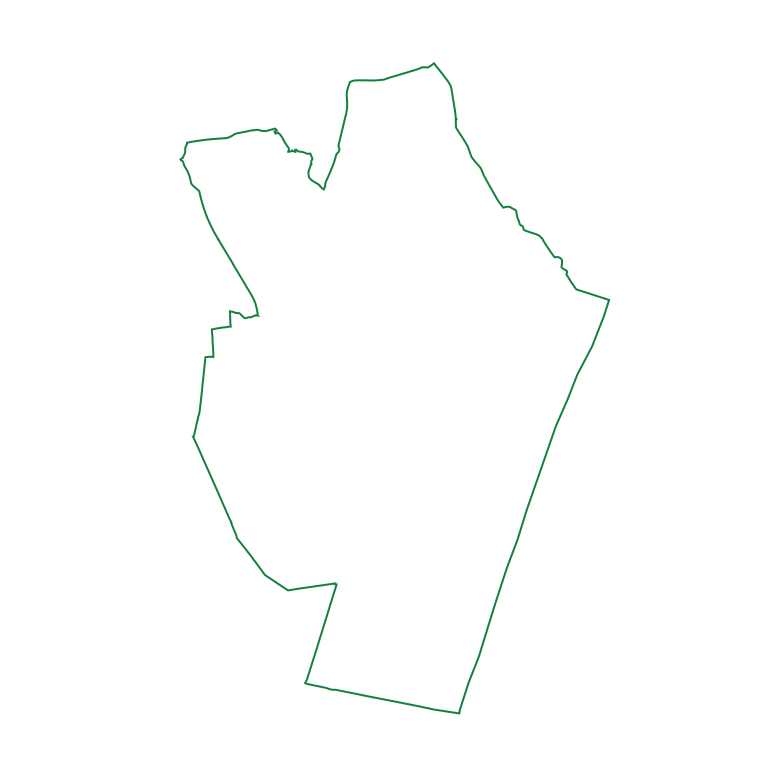 Schagen, Noord-Holland, Netherlands (Mercator projection), rotated 184°
{"feature_id": "6326949B3670086386110", "entity_name": "Schagen", "entity_type": "district", "adm_level": 2, "iso_a3": "NLD", "parent_name": "Netherlands", "parent_adm1": "Noord-Holland", "projection": "mercator", "projection_center": [4.782, 52.788], "detail": "fine", "context": "isolated", "style": "outline", "palette": "green", "viewbox_px": 768, "rotation_deg": 184, "n_neighbors": 0, "source": "geoboundaries", "source_scale": "gbopen_adm2", "svg_char_len": 6053}
<svg xmlns="http://www.w3.org/2000/svg" viewBox="0 0 768 768"><g transform="rotate(184 384 384)"><path d="M356.5,707.4L360.8,703.7L361.6,703.2L362.0,703.0L362.3,702.9L363.3,702.7L365.0,702.9L365.7,702.8L367.1,702.5L367.6,702.8L370.8,701.1L373.3,700.0L397.7,690.8L399.8,690.0L403.9,688.2L405.2,687.7L407.5,687.2L414.0,686.2L419.4,685.8L423.0,685.7L433.5,684.9L434.2,684.8L436.3,684.2L437.7,683.6L439.2,682.7L439.2,682.2L439.4,681.3L440.6,677.1L441.0,675.4L441.3,673.7L441.4,671.9L441.4,670.4L441.3,668.7L440.9,666.0L440.3,661.6L440.1,657.5L440.1,656.5L440.2,654.4L440.6,650.6L440.8,649.5L440.9,649.1L441.2,647.8L443.7,632.7L446.0,619.0L445.9,618.1L445.8,617.7L445.1,616.1L445.0,615.7L444.9,615.4L444.9,614.9L445.1,613.4L445.3,612.7L445.5,612.3L446.1,611.5L447.1,610.5L447.3,610.1L447.6,609.4L449.0,603.0L449.7,600.2L450.4,598.0L452.5,591.5L455.0,584.6L455.5,583.2L455.8,582.5L456.3,580.8L456.6,579.8L456.7,579.1L456.6,578.0L456.5,577.8L456.4,577.4L457.7,573.9L459.3,574.8L460.2,575.6L462.4,577.7L462.3,577.9L463.5,578.7L467.7,580.7L469.5,581.7L470.8,582.5L472.5,584.1L473.4,585.2L473.6,586.5L474.1,588.8L474.1,589.8L474.1,590.5L473.9,591.3L473.6,592.7L472.6,596.3L472.4,597.2L472.4,597.5L472.0,597.6L471.8,597.8L471.7,598.1L471.7,598.3L471.7,598.5L471.9,599.1L472.2,599.4L472.2,599.7L471.9,601.8L471.8,602.1L471.1,603.3L471.1,603.6L472.4,606.4L473.4,608.4L473.7,608.6L474.1,608.7L476.5,608.3L476.8,608.3L479.3,609.2L480.8,609.6L481.8,609.8L485.6,610.0L486.1,610.3L487.8,611.5L488.3,611.6L488.7,611.6L488.7,610.7L488.6,609.4L491.5,610.4L491.6,610.0L491.9,610.1L491.9,609.9L492.4,609.9L495.3,608.9L495.8,609.0L495.3,610.8L495.3,612.2L495.4,612.6L495.7,613.0L497.0,614.5L499.7,617.9L500.2,618.7L500.7,619.8L501.4,620.5L501.8,621.2L502.5,622.5L503.3,623.5L504.2,624.7L505.0,625.6L506.8,626.8L507.1,627.2L509.8,626.3L510.8,628.3L508.6,629.3L508.9,629.9L509.4,630.4L509.9,630.8L510.8,631.2L513.2,630.2L515.1,629.6L518.7,628.3L519.2,628.1L520.6,628.0L522.1,628.0L523.0,627.9L526.6,628.6L527.3,628.7L528.0,628.7L529.6,628.5L530.4,628.2L531.8,628.1L534.4,627.6L540.9,625.7L546.8,624.2L549.4,623.4L551.1,622.4L552.7,621.1L555.0,619.7L556.4,619.0L558.1,618.4L559.2,618.2L574.6,616.0L584.3,614.1L588.6,613.2L594.0,611.9L597.3,610.9L597.3,609.9L597.4,609.5L598.3,607.4L598.6,605.6L598.7,604.8L598.7,604.3L598.5,602.0L598.7,600.4L599.2,598.9L600.1,597.1L600.2,596.5L600.4,595.8L601.5,594.9L602.7,593.8L602.3,593.3L602.0,593.0L601.0,592.6L600.5,592.3L599.9,591.5L599.8,591.4L599.2,589.6L598.5,588.0L597.5,586.4L596.2,584.5L595.0,582.6L593.8,580.4L592.6,577.8L591.7,575.4L591.3,573.9L590.5,571.2L590.2,570.5L589.9,570.1L589.3,569.4L587.8,568.1L586.7,567.3L586.4,567.1L581.8,563.5L580.5,559.3L579.1,555.0L576.9,549.1L576.5,548.0L576.0,546.6L575.5,545.5L573.0,539.8L572.6,538.9L572.4,538.8L572.3,538.3L571.6,536.8L571.2,536.2L567.6,529.5L565.9,526.6L565.5,526.1L564.2,523.8L562.2,520.8L562.1,520.7L558.7,515.8L558.8,515.8L558.5,515.5L557.3,513.7L546.8,498.7L546.7,498.7L543.3,493.7L543.2,493.3L531.1,476.0L527.0,470.0L525.6,468.1L523.4,464.9L521.9,462.7L520.3,460.1L518.9,457.5L517.9,455.4L517.7,454.7L516.6,451.6L515.8,448.8L515.1,445.9L514.7,443.6L514.5,443.4L514.9,443.4L516.2,443.6L516.7,443.6L517.1,443.5L518.3,442.8L519.5,442.3L520.2,441.9L520.6,441.6L521.0,441.4L521.4,441.3L522.8,441.3L523.6,441.1L524.9,440.6L526.5,440.1L527.7,440.0L528.3,440.4L533.1,444.5L536.8,444.5L537.6,444.7L538.8,445.3L542.7,445.8L541.8,436.8L541.6,434.5L541.3,432.8L540.9,430.6L542.9,430.4L544.3,429.9L546.1,429.5L548.9,429.1L555.7,427.5L558.6,426.6L559.4,426.6L559.4,426.3L559.5,425.6L559.3,424.5L559.1,422.9L558.6,420.2L558.3,418.0L558.3,416.7L557.9,414.8L557.9,413.6L557.6,411.8L557.4,410.4L556.7,405.4L556.6,403.8L556.4,402.8L556.3,402.2L556.2,400.2L556.2,399.0L557.6,399.2L560.5,398.9L562.9,398.5L564.0,398.2L564.1,395.7L564.7,377.4L564.9,372.8L565.1,365.2L565.4,357.2L565.8,347.4L566.0,344.8L566.1,342.7L566.4,340.8L566.6,340.4L566.7,339.8L566.8,339.0L566.9,338.9L567.2,337.5L567.2,337.4L567.1,336.9L567.4,335.3L567.7,333.9L568.1,331.4L569.7,320.8L569.9,320.0L570.0,319.8L570.0,319.5L570.1,318.9L570.2,317.9L570.7,317.9L568.0,313.1L564.6,306.9L560.2,298.5L540.6,261.6L540.3,260.9L528.4,238.2L527.1,236.3L526.6,235.3L526.9,235.1L523.0,227.0L521.8,224.9L521.1,223.4L520.5,221.9L520.3,221.3L520.2,220.2L504.6,203.1L501.6,199.4L499.6,197.2L489.4,185.1L465.3,171.4L452.5,174.4L418.9,181.6L419.0,180.9L417.3,180.7L421.5,163.0L423.5,154.2L430.6,124.2L432.6,115.3L433.6,111.4L436.2,100.7L437.6,94.8L440.3,83.6L441.8,80.2L439.9,79.4L420.3,76.8L418.2,76.1L417.5,75.9L414.1,75.4L413.3,75.4L411.5,75.6L410.4,75.5L374.0,70.8L329.6,65.3L311.2,62.7L285.9,60.6L285.6,64.2L278.7,92.1L270.3,118.8L262.8,151.1L256.6,177.2L248.6,209.0L239.9,238.2L233.1,267.2L209.6,353.9L199.6,381.9L191.9,406.6L179.0,436.1L169.5,466.5L165.3,483.5L198.8,491.8L204.5,498.9L207.7,503.3L209.4,505.7L209.7,506.3L209.6,506.7L209.4,507.3L209.2,508.0L209.1,508.6L209.2,508.9L209.6,509.6L210.1,509.9L213.4,511.5L214.4,512.2L214.9,512.6L215.0,513.0L215.0,514.4L214.8,517.2L215.0,519.5L215.3,520.4L216.2,521.3L216.6,521.7L217.6,522.3L218.7,522.6L220.6,522.7L221.7,522.4L222.2,522.3L222.7,522.4L222.9,522.6L223.6,523.3L226.8,527.2L232.2,534.1L235.2,538.3L236.0,539.8L239.6,542.9L240.0,543.1L242.1,543.8L244.6,544.6L246.0,544.8L252.1,546.4L254.0,547.0L254.8,547.3L255.1,547.5L255.3,547.7L255.6,548.3L256.2,550.1L256.5,550.8L256.6,551.0L257.2,551.5L258.5,551.8L258.8,551.9L259.3,552.4L259.6,552.7L261.1,556.5L262.3,558.9L263.0,560.7L264.2,565.8L264.4,566.1L264.7,566.5L265.1,566.8L266.9,567.5L270.6,569.3L271.5,569.5L273.0,569.5L277.4,568.3L281.8,573.4L283.1,575.0L283.9,576.1L292.2,588.6L298.2,597.8L299.0,599.1L300.5,602.1L301.9,604.9L303.0,606.6L303.7,607.4L308.3,611.8L312.2,616.2L312.7,617.0L317.1,626.9L317.7,627.9L322.8,635.1L328.9,643.1L330.1,645.1L330.9,653.0L330.2,653.1L330.2,653.3L330.9,653.2L331.1,655.6L332.3,661.8L335.4,674.8L336.0,677.6L336.6,680.2L337.4,683.4L338.1,685.4L339.0,687.2L339.4,687.8L340.2,688.9L342.0,691.2L348.5,698.6L353.3,703.8L356.5,707.4Z" fill="none" stroke="#15803d" stroke-width="2"/></g></svg>